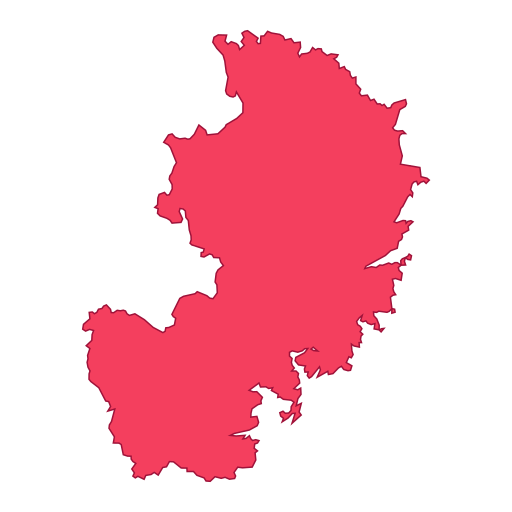 outline of Cambará do Sul, Rio Grande do Sul, Brazil
{"feature_id": "56859067B78866840167821", "entity_name": "Cambará do Sul", "entity_type": "district", "adm_level": 2, "iso_a3": "BRA", "parent_name": "Brazil", "parent_adm1": "Rio Grande do Sul", "projection": "natural_earth1", "projection_center": [-50.124, -29.059], "detail": "fine", "context": "isolated", "style": "filled", "palette": "rose", "viewbox_px": 512, "rotation_deg": 0, "n_neighbors": 0, "source": "geoboundaries", "source_scale": "gbopen_adm2", "svg_char_len": 6041}
<svg xmlns="http://www.w3.org/2000/svg" viewBox="0 0 512 512"><path d="M402.3,155.9L399.3,144.9L398.9,138.9L399.8,135.3L402.0,133.6L405.5,133.6L402.6,130.7L397.7,131.1L394.5,130.2L392.6,127.8L395.4,124.4L399.8,109.6L405.3,106.4L406.5,103.8L405.5,99.6L394.1,103.0L391.9,104.9L390.7,107.7L387.1,108.2L384.1,104.3L382.0,105.5L380.1,103.8L377.2,104.0L374.0,99.2L370.5,100.5L367.4,95.1L361.4,95.8L359.3,93.1L360.7,89.2L355.9,83.9L355.9,77.0L352.3,78.1L350.4,75.4L349.7,71.7L345.6,69.4L344.3,66.6L339.3,68.5L338.8,63.2L333.8,58.8L336.6,57.3L338.0,54.8L331.1,53.9L327.1,55.5L322.0,51.6L321.3,48.9L318.0,48.6L315.5,49.9L312.6,47.5L310.0,52.0L307.3,53.3L301.6,54.0L299.5,56.9L297.8,53.2L300.6,47.5L300.2,42.1L294.0,42.8L291.0,38.6L284.9,40.0L283.2,36.4L279.7,34.4L271.5,33.0L267.6,31.3L264.1,35.9L260.9,36.1L260.4,43.4L258.1,43.7L256.4,41.4L258.1,38.2L247.6,30.7L244.7,31.3L241.9,33.2L244.0,37.5L241.2,41.5L244.3,45.3L239.6,49.6L238.4,45.5L236.4,43.6L231.2,41.7L228.0,44.3L225.0,41.2L226.6,35.1L218.2,34.9L214.0,37.3L212.8,42.2L216.8,48.3L223.1,55.1L224.8,61.0L226.3,72.4L228.1,77.1L225.6,90.7L226.7,94.0L229.8,96.3L233.1,97.0L235.3,95.9L236.4,91.9L243.0,103.0L242.9,112.7L236.8,118.4L226.2,124.7L225.1,127.1L217.9,133.8L207.1,134.9L205.6,130.3L198.9,125.0L194.3,134.3L190.0,138.8L187.8,139.2L185.1,138.2L179.7,138.9L175.2,137.3L172.1,133.9L168.5,134.9L163.7,142.3L168.5,145.0L170.6,147.8L176.5,162.7L174.1,166.5L171.9,173.1L169.8,176.0L169.2,179.3L172.1,184.6L172.2,189.0L169.3,194.7L166.9,195.2L164.5,192.4L159.1,194.4L157.9,197.9L157.6,204.8L154.8,207.4L158.1,208.7L157.5,213.3L160.1,215.9L166.9,218.3L170.1,220.3L172.0,223.1L181.0,222.4L182.6,219.0L179.2,211.6L180.0,208.5L183.1,209.0L185.3,210.9L185.9,217.4L188.3,220.5L189.3,230.0L191.0,235.7L191.2,239.9L190.0,243.2L191.8,244.9L204.2,248.9L203.3,252.1L201.2,252.6L201.0,256.4L204.0,257.0L209.6,253.9L212.2,254.8L213.7,257.5L219.5,257.8L220.7,262.0L223.4,265.6L218.0,269.9L216.2,273.3L215.1,282.0L216.9,284.8L217.3,292.8L213.0,298.7L209.7,298.1L206.9,295.7L197.2,291.7L195.1,293.7L183.5,296.3L179.8,298.4L171.9,314.4L173.3,316.6L175.7,318.2L174.4,325.0L168.8,327.5L165.8,327.8L165.1,331.3L162.9,332.6L153.1,327.4L144.4,319.7L134.9,313.8L129.4,315.4L127.0,313.8L125.5,311.0L123.3,310.2L120.3,310.8L117.2,310.3L113.7,312.7L111.2,312.6L110.5,309.3L106.4,304.9L103.6,306.1L102.0,308.5L98.5,309.2L96.8,312.4L94.4,313.7L92.3,312.0L89.2,312.4L89.9,318.8L83.5,324.3L82.7,329.2L85.6,331.1L89.6,329.4L93.6,330.5L92.1,334.6L91.8,340.4L86.2,345.7L89.9,348.5L87.6,355.4L88.0,358.8L87.1,362.3L88.0,367.2L90.0,370.9L89.1,373.8L89.0,379.3L90.9,381.6L98.8,387.7L105.7,401.0L108.7,401.6L110.6,406.5L107.8,411.1L114.8,409.0L111.5,421.5L109.4,424.9L109.0,428.3L114.4,436.8L113.3,443.0L119.0,443.1L121.2,444.5L123.3,454.7L127.6,456.1L131.1,456.2L131.2,459.1L132.9,461.5L135.8,463.4L131.8,469.0L134.4,472.9L132.9,476.1L135.3,477.9L137.9,476.3L144.1,479.3L145.8,475.4L151.1,474.5L154.2,472.4L158.2,475.1L162.7,467.5L166.5,466.8L169.4,461.6L173.5,461.8L181.2,468.0L186.9,468.1L187.1,471.5L193.5,471.5L196.9,475.3L204.1,477.9L206.0,481.0L210.2,481.3L215.0,476.7L221.2,478.3L225.1,477.3L229.5,479.2L234.6,478.5L235.6,476.0L234.0,472.5L237.7,467.2L242.5,467.8L252.2,467.1L255.8,460.0L255.1,452.8L257.5,450.9L254.2,448.3L254.7,444.0L257.5,443.0L259.0,440.6L255.7,439.7L252.6,440.5L250.8,438.8L249.4,435.7L246.1,438.4L242.9,438.9L245.1,435.3L236.2,436.0L230.3,435.4L234.4,433.4L249.4,430.0L257.2,425.7L258.6,422.3L256.9,416.4L250.8,417.1L251.0,413.1L252.0,408.8L257.8,404.7L261.3,403.6L260.9,400.8L262.4,397.3L256.8,391.7L253.0,391.8L249.1,390.3L259.0,383.0L260.5,387.0L266.0,386.8L268.7,388.5L272.7,387.7L271.4,390.5L278.2,394.2L277.7,397.5L280.2,397.0L283.3,399.3L291.2,400.2L294.0,402.2L291.2,406.7L291.0,410.5L288.7,413.0L285.3,413.3L283.0,411.2L279.8,412.7L280.7,416.1L283.5,418.3L282.2,421.8L288.0,418.1L292.3,413.5L295.1,413.3L292.0,423.3L301.2,415.0L299.1,412.0L301.3,403.3L296.2,405.8L297.9,398.6L301.0,394.4L300.7,388.1L297.7,389.8L293.8,388.7L299.7,383.1L299.3,379.9L297.8,376.9L298.5,373.5L296.0,371.0L291.7,371.0L294.3,368.0L292.2,365.3L291.4,362.4L292.1,358.5L289.5,356.1L289.5,352.3L292.3,350.9L297.8,352.2L302.3,350.8L304.7,348.7L307.8,348.5L304.5,352.8L295.8,357.4L295.1,360.8L298.5,364.9L305.5,366.0L304.4,369.0L304.9,372.1L308.2,372.0L307.3,375.6L309.2,378.1L311.6,376.6L319.5,366.8L320.4,369.8L317.2,377.2L327.8,371.3L328.4,374.5L333.0,373.6L338.5,367.9L341.4,366.3L343.8,369.5L348.0,370.7L350.5,370.3L351.9,365.8L346.3,362.6L348.9,356.7L351.3,357.8L353.1,354.6L351.9,350.9L351.4,344.1L354.1,346.0L359.4,347.1L359.1,342.6L361.5,342.6L360.5,339.5L361.0,336.1L362.8,334.2L360.1,331.7L361.9,328.7L360.3,326.3L357.7,324.7L356.6,321.5L359.2,317.9L362.2,315.4L360.6,320.6L362.9,321.8L365.9,320.9L367.7,323.2L371.2,324.6L374.9,323.6L374.1,328.9L379.1,329.9L379.2,325.2L376.8,319.0L373.8,315.7L373.5,312.0L376.6,312.4L378.8,311.2L387.0,312.3L389.1,311.4L391.9,308.6L390.4,297.2L393.0,295.2L395.7,294.7L393.8,291.8L392.9,288.5L393.8,285.4L392.4,279.2L395.5,278.5L401.1,280.3L402.2,273.2L399.1,270.5L398.3,267.5L401.1,265.2L397.3,262.6L394.9,262.6L391.8,264.3L388.7,263.0L382.5,265.3L379.8,265.0L376.2,267.5L371.4,266.7L364.8,268.6L365.9,266.2L385.4,255.5L390.6,250.7L397.2,248.3L398.6,241.3L401.5,239.5L402.5,236.9L401.9,234.0L408.7,230.1L408.1,226.3L413.0,221.8L410.9,220.7L407.8,221.4L406.1,223.3L405.6,220.7L403.0,220.5L396.6,222.8L394.0,221.8L399.1,214.0L400.8,208.4L402.8,206.3L407.7,196.8L410.0,194.5L412.3,196.7L412.8,192.9L410.6,189.6L412.1,184.0L414.0,181.9L416.6,181.3L417.9,184.7L420.8,182.2L423.9,181.2L426.1,183.4L429.3,180.1L427.0,178.2L421.0,176.7L419.9,167.5L400.4,164.2L402.3,155.9ZM313.2,347.2L317.7,351.0L313.6,350.6L311.0,349.1L313.2,347.2ZM405.4,257.5L402.3,258.8L400.7,260.7L401.1,265.2L405.6,265.0L404.4,261.3L405.4,257.5ZM405.4,257.5L407.6,259.4L410.6,259.9L411.5,255.7L409.1,254.1L407.8,256.2L405.4,257.5ZM391.9,308.6L391.8,313.2L395.1,312.2L394.6,309.2L391.9,308.6ZM379.1,329.9L381.1,331.9L384.0,328.4L381.6,328.7L379.1,329.9Z" fill="#f43f5e" stroke="#9f1239" stroke-width="1.5"/></svg>